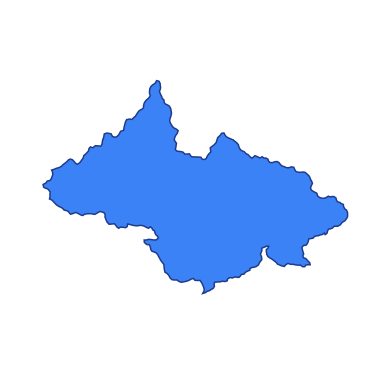 the district of Sabinópolis, Minas Gerais, Brazil, rotated 245°
{"feature_id": "56859067B20654239248752", "entity_name": "Sabinópolis", "entity_type": "district", "adm_level": 2, "iso_a3": "BRA", "parent_name": "Brazil", "parent_adm1": "Minas Gerais", "projection": "orthographic", "projection_center": [-43.061, -18.65], "detail": "fine", "context": "isolated", "style": "filled", "palette": "blue", "viewbox_px": 384, "rotation_deg": 245, "n_neighbors": 0, "source": "geoboundaries", "source_scale": "gbopen_adm2", "svg_char_len": 5174}
<svg xmlns="http://www.w3.org/2000/svg" viewBox="0 0 384 384"><g transform="rotate(245 192 192)"><path d="M76.1,268.3L78.1,268.8L80.7,267.9L83.6,267.0L85.4,265.2L87.2,265.4L88.6,267.0L91.3,267.4L93.2,267.7L95.4,268.2L96.4,270.6L95.6,272.8L96.6,274.9L98.4,276.7L100.2,278.1L99.5,280.2L99.0,282.1L99.8,284.0L99.8,286.2L99.0,287.8L98.9,289.9L98.4,292.2L98.8,294.6L97.1,294.7L97.6,297.0L99.6,298.6L100.7,300.2L100.0,302.3L100.0,304.2L100.9,306.4L99.4,309.6L99.5,312.4L101.0,315.2L101.3,318.4L102.6,320.9L103.9,322.5L105.6,323.4L107.7,324.3L110.3,324.4L112.2,323.3L114.7,323.2L116.8,323.9L118.2,322.5L120.1,321.6L121.4,319.9L123.3,319.5L125.7,319.9L127.8,318.8L128.7,317.1L129.1,315.1L130.6,313.8L130.3,311.8L130.3,309.6L131.5,307.1L133.1,305.3L135.3,304.2L138.1,304.6L139.9,303.2L141.6,302.0L143.1,301.1L145.0,300.9L147.0,302.4L148.9,304.8L151.1,305.0L153.2,304.8L156.6,305.0L158.8,304.2L160.6,303.5L162.2,302.6L163.2,301.1L164.0,298.5L165.6,295.8L167.1,294.7L169.0,294.6L171.4,294.7L172.9,292.5L172.9,290.5L174.0,288.0L176.0,286.3L177.2,284.9L179.2,283.8L181.8,283.3L183.5,282.2L184.4,280.1L184.6,277.3L185.8,275.1L187.8,274.4L189.6,274.7L191.4,273.5L192.3,271.6L194.3,270.5L194.1,268.0L196.5,266.1L198.3,264.4L197.7,262.5L197.3,260.6L199.8,259.3L202.2,258.6L204.0,257.1L206.4,256.4L208.0,254.9L209.8,253.8L212.3,253.5L215.4,254.0L217.8,253.3L219.4,252.5L221.7,251.4L224.0,249.3L225.6,247.9L227.5,246.5L229.5,246.0L232.0,245.9L232.7,243.8L231.4,241.3L230.4,238.3L228.4,236.4L226.6,234.8L225.4,232.0L224.9,229.5L224.3,227.2L222.5,226.6L220.4,226.0L219.3,223.1L218.0,220.9L216.3,219.1L216.3,216.7L217.5,215.1L219.7,214.8L221.2,212.2L222.4,209.8L223.2,208.1L224.3,206.4L226.0,206.0L227.7,205.8L228.4,203.8L229.3,201.6L232.1,200.6L234.1,197.8L235.6,195.4L237.6,194.9L239.0,196.0L241.1,197.4L242.7,198.5L244.7,198.2L246.5,197.9L248.3,199.0L250.1,201.0L251.3,203.3L253.5,205.4L256.1,204.1L257.5,202.8L259.5,202.0L261.9,201.7L263.7,201.6L265.6,201.7L267.5,202.8L269.5,204.8L272.0,206.7L274.5,207.4L276.8,208.0L279.4,207.8L281.1,206.7L283.1,205.0L285.0,204.6L287.2,205.5L289.5,204.6L291.3,204.9L294.1,204.8L297.0,205.0L298.4,206.6L299.9,207.7L301.8,208.2L303.8,209.0L306.3,208.9L307.9,207.0L306.2,204.8L305.7,201.6L305.0,199.3L303.3,197.3L301.1,196.0L299.5,195.2L296.9,194.9L295.5,192.6L294.6,189.5L293.6,187.4L292.5,186.0L290.9,184.7L288.8,183.6L288.2,181.7L288.1,178.8L287.1,176.6L286.1,175.1L284.6,172.8L283.9,170.2L283.1,168.3L284.5,166.3L285.2,163.3L283.8,161.5L281.7,159.7L279.4,157.8L276.8,156.1L277.2,152.9L275.9,151.3L274.7,149.5L273.9,147.1L274.3,145.1L276.0,143.4L278.8,143.3L280.2,141.6L281.5,139.5L281.7,137.0L279.0,135.2L277.1,133.2L275.2,131.8L273.2,130.5L272.1,128.6L273.4,126.6L274.8,124.0L274.0,120.8L275.8,119.0L275.0,117.1L272.9,115.5L271.4,111.9L270.8,109.4L268.8,107.7L267.2,104.9L265.9,102.5L265.6,99.6L267.7,98.5L270.0,97.9L271.9,97.2L273.3,95.5L273.3,93.5L272.4,91.5L271.8,89.1L271.3,86.7L270.5,84.6L270.3,82.0L270.8,78.9L270.9,76.0L271.2,74.0L269.3,74.1L266.7,73.3L264.8,71.4L263.6,70.2L262.5,68.1L263.1,65.5L261.9,63.4L261.8,60.2L259.1,59.6L257.5,60.7L255.8,62.5L254.1,63.0L252.1,63.5L250.0,62.3L247.9,61.4L245.9,59.9L243.8,61.7L241.0,62.6L237.7,63.7L235.4,65.1L233.5,66.7L231.8,67.9L229.7,68.4L228.3,70.3L227.0,71.4L225.1,72.0L223.2,72.5L222.7,75.6L222.7,77.8L221.4,79.1L219.6,80.5L218.0,81.7L216.8,83.2L217.3,85.2L216.5,88.0L215.2,91.0L213.8,93.0L212.8,94.4L213.0,97.0L213.3,100.3L211.9,102.0L210.7,103.4L208.3,103.8L206.2,102.6L204.1,102.4L200.7,102.3L197.8,103.2L196.8,105.9L196.0,108.3L193.7,108.9L191.6,109.3L190.1,110.3L190.4,112.3L189.1,114.7L187.7,116.8L188.1,118.8L190.2,120.1L189.2,121.6L188.0,122.9L186.8,124.4L185.5,126.2L184.4,128.2L184.0,130.1L183.1,132.0L182.1,133.4L180.6,134.7L178.7,136.1L177.5,137.4L178.0,139.6L176.4,140.4L174.4,140.4L172.5,141.6L170.3,141.1L168.1,141.3L166.3,142.1L164.6,142.1L163.7,139.2L164.9,136.7L166.5,134.4L167.6,132.1L167.8,130.2L168.7,128.4L166.6,127.5L165.0,128.1L163.4,128.9L162.1,131.2L159.6,130.9L157.4,130.4L155.6,130.5L154.3,131.6L152.3,133.6L149.9,134.4L147.9,134.5L146.0,134.6L142.9,134.8L140.4,135.4L138.1,135.9L136.1,135.1L134.2,134.4L130.7,133.6L128.7,135.0L125.9,135.8L123.4,135.8L121.0,136.8L119.6,139.0L118.6,141.2L116.6,142.3L114.7,144.1L114.2,146.1L113.5,148.9L113.2,151.8L113.4,154.2L113.1,156.7L110.8,157.3L109.7,159.1L108.4,162.0L105.3,162.4L102.2,162.4L99.2,162.1L97.3,161.2L95.5,158.8L95.1,161.8L95.6,163.6L95.2,166.1L95.5,168.3L95.8,170.8L97.2,172.6L99.2,173.0L100.6,174.5L99.7,177.1L98.8,179.1L98.3,181.8L96.9,184.1L96.6,186.4L98.2,187.6L98.4,190.3L97.0,192.4L96.9,195.2L95.4,197.1L94.8,198.9L95.5,200.5L96.5,202.0L95.6,204.3L96.7,206.7L96.8,209.3L96.6,211.3L98.1,212.2L98.3,214.1L97.7,216.0L97.3,218.5L97.8,221.3L100.0,224.1L101.1,226.6L103.7,227.6L106.8,227.8L108.1,229.2L109.4,230.6L111.6,231.4L111.4,234.6L111.3,237.0L110.3,238.6L109.0,237.0L108.4,235.0L106.4,234.1L103.8,233.4L101.5,233.5L99.3,234.7L97.2,236.2L95.6,237.0L94.1,237.9L92.2,238.7L90.5,239.0L89.2,240.3L87.5,241.7L85.5,244.2L86.5,246.5L86.7,248.7L84.6,251.1L83.7,253.2L82.2,255.0L80.9,257.2L79.8,259.5L77.6,260.6L76.7,262.5L77.7,264.7L77.0,266.5L76.1,268.3Z" fill="#3b82f6" stroke="#1e3a8a" stroke-width="1.5"/></g></svg>